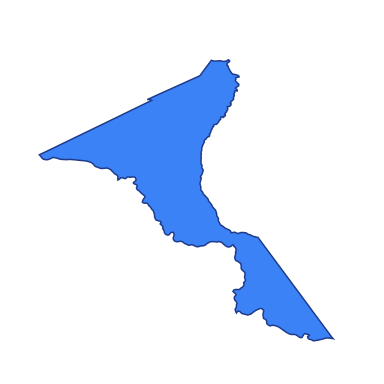 Nova Esperança do Piriá, Pará, Brazil, rotated 276°
{"feature_id": "56859067B92055501543930", "entity_name": "Nova Esperança do Piriá", "entity_type": "district", "adm_level": 2, "iso_a3": "BRA", "parent_name": "Brazil", "parent_adm1": "Pará", "projection": "robinson", "projection_center": [-46.972, -2.395], "detail": "fine", "context": "isolated", "style": "filled", "palette": "blue", "viewbox_px": 384, "rotation_deg": 276, "n_neighbors": 0, "source": "geoboundaries", "source_scale": "gbopen_adm2", "svg_char_len": 6036}
<svg xmlns="http://www.w3.org/2000/svg" viewBox="0 0 384 384"><g transform="rotate(276 192 192)"><path d="M279.2,137.8L279.6,140.2L278.9,142.3L252.1,99.3L216.8,42.4L213.1,36.3L212.3,37.1L211.5,38.0L210.2,39.1L209.2,40.6L208.9,42.1L208.8,43.2L209.0,44.8L209.5,46.2L210.5,48.0L211.1,49.0L211.8,49.6L211.8,51.3L211.7,52.8L211.5,54.3L211.0,56.5L210.8,57.9L210.9,61.4L211.1,64.2L211.5,66.0L211.7,67.8L211.7,69.6L211.8,73.1L211.7,77.3L211.8,78.9L211.8,82.8L211.7,84.0L211.4,85.9L211.1,87.6L210.8,88.6L210.1,89.8L209.6,90.6L208.6,91.8L207.6,92.6L207.0,94.2L206.9,95.4L206.1,97.8L205.9,99.5L206.1,100.9L206.7,103.3L206.9,105.4L206.7,106.5L205.2,109.6L204.3,110.4L203.7,111.2L202.9,112.2L202.1,112.9L201.7,113.8L201.4,114.6L200.8,115.9L200.1,116.5L198.6,116.8L197.4,116.7L196.2,117.1L197.0,118.3L197.9,119.0L198.7,120.0L198.9,121.5L198.2,124.1L199.3,125.4L200.2,126.2L200.4,127.4L200.1,128.6L200.3,129.6L200.8,131.3L200.9,132.6L200.6,133.9L199.0,134.9L197.8,135.1L196.7,134.2L196.0,133.4L194.9,132.7L194.0,133.8L193.7,135.3L192.9,136.8L191.8,136.8L190.6,136.3L189.8,136.5L188.6,137.3L187.9,138.5L187.5,139.4L186.9,140.0L186.2,140.9L184.6,143.1L182.9,145.7L182.1,145.7L179.2,144.2L176.9,143.6L176.2,144.4L175.9,145.8L176.1,147.3L176.3,148.2L175.2,149.7L173.7,150.7L173.0,151.9L170.2,154.2L169.4,155.5L168.1,155.9L167.4,156.4L165.7,157.0L163.5,157.4L161.6,158.2L160.4,159.2L160.0,160.5L159.7,163.0L158.6,164.6L156.9,163.7L155.6,165.4L155.1,166.2L154.0,166.9L153.0,166.6L152.1,167.0L150.7,168.2L148.9,168.8L148.0,169.4L147.3,170.1L146.9,171.1L146.6,172.3L146.8,173.3L147.5,174.0L148.2,174.4L149.2,175.1L149.7,175.9L150.0,177.3L149.3,178.1L148.0,178.6L146.7,178.7L145.3,178.3L144.2,178.1L142.6,178.6L141.3,180.0L140.9,182.0L141.1,183.0L141.5,184.4L141.8,186.3L141.7,187.3L140.1,189.9L139.6,191.7L139.1,192.8L138.7,194.1L139.0,195.9L139.7,197.2L139.5,198.1L138.8,200.0L138.2,201.8L138.1,203.1L138.3,204.2L139.1,205.9L139.7,208.9L140.2,210.1L140.7,210.9L141.9,211.9L143.8,214.4L144.3,215.6L144.7,216.5L144.9,219.3L144.9,222.5L145.5,223.4L145.3,225.3L145.3,226.4L143.3,229.0L142.0,231.0L141.5,231.9L141.1,233.6L141.2,234.6L141.9,236.3L142.8,237.1L143.8,238.1L143.4,239.1L142.3,239.3L141.8,240.3L140.6,241.4L139.1,241.9L137.9,242.0L136.7,241.5L135.9,241.9L135.1,241.9L131.9,241.4L130.6,241.5L129.3,242.1L128.5,242.7L128.1,243.6L127.8,244.8L126.4,247.0L126.1,247.9L124.7,248.3L123.6,248.7L122.6,248.8L121.1,248.9L119.9,249.8L119.3,250.5L118.5,251.7L117.8,252.6L116.6,253.2L114.9,253.4L113.8,253.1L112.7,253.2L111.5,253.6L110.4,254.3L109.4,254.4L108.5,253.7L107.3,252.8L105.5,253.4L104.4,253.2L103.5,252.8L102.6,252.0L101.6,250.7L100.1,249.4L99.8,247.8L99.6,245.6L99.4,244.7L98.8,243.8L97.5,243.1L96.6,244.1L95.5,245.7L94.5,246.6L93.4,246.0L92.4,245.2L90.7,245.1L89.1,245.8L88.2,246.8L86.8,248.1L85.8,248.3L84.4,247.9L82.8,248.2L82.0,248.2L80.7,247.4L79.7,247.2L78.2,247.7L77.4,248.1L76.3,248.9L78.2,249.8L78.2,252.0L76.7,253.8L76.2,255.0L76.1,256.8L75.8,258.2L75.6,259.6L75.6,260.6L76.7,263.3L77.4,264.0L78.2,264.8L79.0,265.6L80.8,267.7L81.4,268.6L82.1,269.9L82.8,271.0L83.3,272.1L83.3,273.1L82.8,274.7L82.1,275.1L81.3,275.8L79.4,275.5L78.3,275.4L77.0,275.5L73.7,276.4L73.2,278.0L72.1,279.4L71.2,279.7L69.7,280.0L68.7,280.3L68.0,281.2L67.0,283.6L67.9,285.9L67.8,288.5L67.6,289.6L67.0,291.8L66.5,293.0L66.0,293.9L63.2,298.8L62.3,300.5L61.7,301.9L61.1,303.4L60.9,304.6L60.7,306.0L61.0,308.2L61.1,309.2L60.6,310.9L58.8,314.0L58.5,315.4L58.8,316.6L61.9,318.0L63.1,319.1L62.4,321.5L62.5,322.8L61.6,323.8L60.2,322.1L58.8,322.6L58.0,323.5L57.5,326.3L56.7,328.3L57.1,330.2L57.9,333.1L58.7,335.3L60.5,340.0L61.0,341.5L61.1,344.2L60.9,347.7L61.6,346.8L78.4,331.4L81.8,328.3L86.1,324.3L88.6,322.1L100.5,311.2L103.3,308.6L108.0,304.3L111.1,301.4L112.6,300.1L114.4,298.4L123.8,289.8L135.0,279.5L140.9,274.1L148.0,267.6L153.8,262.3L153.8,260.7L154.1,259.6L154.2,257.9L155.3,254.9L156.0,251.7L156.9,250.4L157.1,248.2L157.0,246.9L157.0,245.6L156.4,244.0L156.0,243.1L155.5,242.0L155.8,240.6L156.4,239.4L156.3,237.7L155.7,236.2L155.7,235.0L156.9,234.6L157.8,233.7L158.2,232.9L158.9,230.4L159.4,229.1L161.7,225.3L162.1,224.0L164.6,222.2L166.6,221.0L168.3,221.1L170.0,219.9L170.8,219.2L173.2,218.7L175.4,217.8L176.5,217.2L178.1,215.4L179.3,214.0L180.9,213.1L181.7,212.6L184.5,209.7L186.6,208.7L187.7,207.7L188.3,206.8L189.8,205.3L190.8,203.8L191.6,203.2L192.4,202.9L193.2,202.4L194.9,200.5L195.9,200.5L196.9,200.3L198.1,200.2L201.1,199.0L204.3,199.4L207.1,199.7L207.6,198.9L208.6,198.9L209.3,199.5L210.9,200.1L211.7,200.4L213.6,200.6L214.4,200.9L215.5,200.6L217.0,199.2L219.6,199.2L220.6,198.3L222.0,197.9L225.7,197.6L226.9,197.6L229.2,197.1L230.7,197.4L232.3,196.8L233.7,197.2L235.3,197.3L236.5,197.0L239.0,197.8L239.9,197.6L240.7,198.2L242.9,199.0L244.4,198.7L245.5,199.6L246.1,200.4L247.3,200.9L248.7,202.3L249.0,203.3L249.9,203.7L251.0,203.2L252.2,204.0L253.3,204.2L254.3,204.5L255.3,204.5L256.5,205.3L257.4,205.4L258.4,205.8L259.6,206.7L260.6,206.2L261.7,208.0L261.8,209.1L263.6,210.6L264.9,211.3L266.5,211.9L267.0,212.8L269.4,212.8L270.2,214.7L269.4,215.2L271.2,217.0L272.2,217.2L272.7,216.4L274.4,217.0L275.2,218.0L276.5,218.1L277.3,218.8L279.3,218.8L280.5,218.1L281.0,219.3L281.0,220.3L281.9,221.2L282.6,221.6L283.8,221.7L284.5,220.8L285.4,221.3L286.2,221.5L287.1,222.6L288.8,223.7L290.1,223.3L291.3,223.5L292.2,224.1L293.0,223.8L293.7,223.2L295.4,224.2L296.2,223.8L297.2,224.2L297.3,225.2L297.1,226.3L297.9,226.4L298.7,225.9L299.3,225.0L299.9,224.4L300.8,225.1L301.5,226.2L302.6,227.4L303.5,227.3L304.5,227.0L304.7,226.1L305.9,225.0L306.6,223.9L307.5,223.4L308.5,223.9L310.0,223.4L310.6,224.1L310.8,225.5L311.4,226.8L312.2,226.5L312.8,225.4L313.3,223.1L313.5,221.9L313.2,220.7L314.2,219.2L316.1,217.5L318.5,215.8L321.3,214.5L321.6,213.5L323.9,213.6L325.2,215.3L326.3,215.8L327.3,214.5L326.6,213.3L325.6,212.5L325.5,211.1L325.2,210.2L325.1,209.0L325.4,207.6L325.5,206.5L325.3,205.0L324.9,203.4L324.6,201.1L324.6,199.6L325.0,197.5L310.2,188.7L308.4,187.6L288.7,153.9L287.9,152.5L284.9,147.4L279.2,137.8Z" fill="#3b82f6" stroke="#1e3a8a" stroke-width="1.5"/></g></svg>